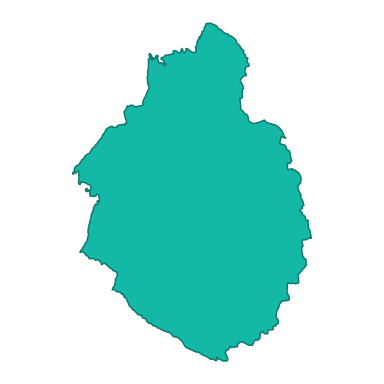 outline of Sanqebethu, Mokhotlong, Lesotho
{"feature_id": "5366337B9113351497763", "entity_name": "Sanqebethu", "entity_type": "district", "adm_level": 2, "iso_a3": "LSO", "parent_name": "Lesotho", "parent_adm1": "Mokhotlong", "projection": "equal_earth", "projection_center": [29.193, -29.287], "detail": "fine", "context": "isolated", "style": "filled", "palette": "teal", "viewbox_px": 384, "rotation_deg": 0, "n_neighbors": 0, "source": "geoboundaries", "source_scale": "gbopen_adm2", "svg_char_len": 5893}
<svg xmlns="http://www.w3.org/2000/svg" viewBox="0 0 384 384"><path d="M210.4,359.2L213.1,359.2L216.1,360.8L216.9,359.9L216.5,357.3L217.3,357.5L218.8,359.1L221.1,359.8L222.7,361.0L226.9,361.0L227.5,360.6L227.8,359.1L227.5,357.3L225.2,352.7L226.0,351.6L226.0,350.3L228.5,349.5L230.4,346.3L232.0,347.6L233.5,346.7L234.7,347.3L235.6,346.6L237.4,346.8L237.9,343.9L240.1,342.1L242.2,341.9L249.3,345.4L250.8,345.0L252.4,345.4L253.4,342.7L254.7,340.6L255.4,340.1L258.0,340.1L259.9,338.6L260.3,333.5L261.2,332.4L262.2,332.3L262.9,331.6L264.0,333.1L265.2,333.9L267.7,333.7L267.9,330.1L273.1,329.6L272.9,327.1L273.8,326.2L275.9,325.9L275.6,324.5L278.4,323.5L278.4,320.4L275.9,316.8L276.8,311.3L279.1,306.4L279.5,304.1L281.3,302.0L281.6,301.1L288.3,300.4L289.2,299.4L289.2,296.8L287.3,293.1L287.0,291.5L287.4,284.2L287.9,283.0L290.3,283.5L294.3,283.3L295.5,283.8L298.7,282.8L298.5,277.4L297.8,274.7L300.3,272.5L302.7,269.3L304.8,267.4L305.0,265.9L306.2,265.6L306.0,259.5L304.6,258.7L303.0,256.6L302.3,254.1L301.6,249.9L302.0,247.2L303.0,245.6L301.6,241.1L303.6,239.7L306.2,239.8L308.5,238.2L311.3,238.1L310.0,230.8L308.1,227.2L308.3,224.3L307.8,222.1L308.2,220.5L305.9,220.1L305.3,216.8L304.0,215.4L302.1,214.4L302.4,212.7L299.8,211.0L300.2,209.8L302.5,208.1L302.1,206.4L303.9,205.2L302.9,203.2L303.2,201.9L300.7,197.4L301.0,194.9L298.1,189.6L297.9,185.8L298.8,184.5L299.7,184.1L300.9,181.2L301.0,178.3L300.6,176.3L298.9,173.1L294.6,169.9L293.2,170.2L292.5,168.7L289.1,169.4L287.4,168.8L287.5,163.1L288.9,163.5L290.0,163.2L291.1,161.9L291.7,160.5L290.4,156.0L289.9,152.1L289.2,150.7L286.8,149.7L285.5,145.5L279.7,143.6L280.9,138.0L280.9,136.4L284.5,138.0L285.5,138.0L284.2,136.4L281.9,130.7L277.8,126.4L275.6,125.2L266.7,122.5L264.2,120.1L260.5,121.8L254.4,123.5L252.9,123.5L249.6,121.8L248.6,120.8L248.0,116.5L246.8,114.5L244.7,113.7L243.4,111.7L240.8,109.2L239.9,98.5L241.5,98.2L242.3,97.4L242.3,89.7L243.5,88.7L243.4,87.1L240.3,80.6L241.3,78.4L242.5,77.3L244.4,75.8L246.3,75.5L245.9,73.8L244.7,71.8L245.8,67.4L247.7,66.1L248.9,66.1L249.0,64.1L247.8,63.1L246.8,61.3L247.8,58.1L245.8,57.3L245.3,54.8L242.9,52.2L243.9,50.9L240.9,48.2L240.5,46.8L238.1,44.0L236.8,43.4L236.2,40.4L234.0,38.1L231.2,36.1L228.8,36.0L228.9,34.6L225.6,33.5L223.4,32.1L220.8,29.6L218.4,28.7L216.6,25.9L215.9,26.0L215.4,25.3L209.9,23.0L207.8,23.7L206.9,23.3L206.0,23.9L205.3,26.3L204.5,27.0L204.5,28.1L203.6,29.9L203.6,31.0L202.0,31.6L202.0,33.4L201.2,34.5L201.7,35.0L200.3,36.2L200.1,36.9L199.3,36.9L199.3,37.5L199.9,38.4L198.9,38.5L198.9,39.1L198.3,39.4L197.5,40.9L197.3,42.4L196.8,42.8L197.3,44.2L195.5,47.2L196.1,51.4L194.9,52.7L194.1,52.3L192.1,52.4L187.1,48.5L186.1,48.8L185.9,51.0L184.4,52.6L182.9,51.6L182.6,49.3L181.9,48.7L181.2,49.7L180.5,52.3L179.0,53.0L175.7,50.6L173.9,50.7L173.0,51.4L173.5,53.7L173.2,54.3L171.5,54.1L168.9,54.9L165.3,55.2L163.5,57.5L161.8,57.4L161.2,57.9L161.2,59.3L162.6,59.8L163.7,60.9L163.8,63.3L165.8,63.7L166.0,64.7L165.5,65.7L163.1,64.5L161.9,62.9L158.8,62.6L157.3,57.5L158.2,56.2L157.6,55.3L155.5,56.2L155.6,58.4L155.2,58.8L154.4,58.7L153.2,57.7L152.7,57.9L152.8,59.6L152.1,60.1L151.3,58.1L151.8,56.2L150.3,53.8L149.2,54.1L149.1,55.8L150.2,57.3L149.9,58.2L148.4,59.1L148.5,67.7L147.5,71.9L148.0,74.4L147.2,77.4L147.8,84.0L149.0,86.7L149.0,88.5L147.0,92.2L145.3,96.9L143.6,99.5L142.9,101.8L142.6,105.4L135.0,106.9L133.0,105.3L130.5,105.3L127.9,106.6L127.3,106.1L125.6,110.0L124.1,111.5L124.9,116.6L126.6,121.9L126.6,123.3L124.9,123.6L124.5,124.2L124.7,124.8L124.2,125.2L123.1,124.5L118.6,125.1L117.0,126.1L116.4,127.3L113.7,127.6L112.8,126.6L111.1,126.4L107.1,128.4L105.6,130.1L105.2,131.8L102.4,135.4L101.9,137.1L98.5,141.3L97.8,142.8L95.8,144.6L95.3,145.8L92.2,148.7L89.2,153.6L87.9,153.9L85.0,156.1L84.5,156.6L84.1,158.4L81.8,159.8L80.9,161.8L80.2,162.2L79.4,164.3L78.1,165.2L77.3,165.2L75.3,166.9L74.3,168.6L74.5,170.6L72.7,172.9L72.9,174.7L73.6,173.0L75.8,173.2L76.9,171.7L78.4,170.9L78.9,172.3L78.5,173.8L79.2,178.2L78.4,182.0L78.8,183.7L79.5,184.4L80.2,184.3L80.8,183.5L80.9,182.1L81.4,181.9L85.6,182.8L88.2,184.6L89.7,184.8L91.0,186.4L90.6,190.1L89.2,190.6L87.5,189.5L86.9,188.6L85.8,188.9L85.6,190.6L86.3,191.4L87.8,191.6L88.3,190.8L89.4,191.5L89.9,192.6L90.0,195.8L90.5,196.3L92.5,195.7L93.0,196.4L94.5,196.4L96.1,195.7L96.1,194.7L96.6,194.2L97.4,193.9L98.1,194.3L98.8,195.7L99.5,200.7L98.9,201.5L98.0,200.7L97.0,201.3L98.1,203.6L96.8,204.5L96.2,203.9L95.7,204.1L94.4,205.9L94.5,206.7L93.6,207.6L93.4,210.2L93.1,210.3L92.8,211.4L92.6,211.0L92.6,212.5L92.1,212.7L91.5,214.4L91.1,215.5L91.3,216.5L89.7,221.5L89.9,222.8L89.0,224.4L89.0,226.4L88.3,228.0L88.0,232.4L88.5,233.9L88.4,235.1L86.9,241.4L85.0,243.6L84.5,245.2L82.9,247.4L82.0,249.5L81.2,250.0L80.0,252.1L80.9,252.4L82.0,251.7L83.2,251.8L85.6,254.7L86.2,254.9L86.4,255.6L87.7,256.1L88.9,257.5L89.3,258.7L93.4,258.4L95.4,260.3L96.9,259.8L98.7,260.1L100.8,262.3L101.5,264.5L102.2,264.6L102.7,263.8L104.4,263.2L106.9,264.8L107.3,265.7L108.9,266.6L110.0,268.1L112.2,269.1L112.6,270.3L116.5,272.0L116.9,273.2L117.4,273.6L117.4,275.1L115.5,279.6L114.7,285.6L112.8,287.9L112.4,289.8L114.6,289.5L114.9,290.2L117.1,291.9L117.9,291.7L119.3,292.3L119.9,291.9L120.9,292.7L121.3,293.7L121.9,293.6L122.3,294.3L123.6,294.3L123.5,295.2L123.8,295.9L124.4,296.1L124.1,297.1L125.3,297.7L126.5,298.9L127.3,300.7L127.3,301.7L128.3,302.7L128.5,304.2L129.8,306.3L132.0,308.3L133.0,310.1L134.9,311.0L135.4,312.0L136.4,312.5L137.8,314.6L141.6,315.5L142.1,317.2L143.7,318.4L144.3,318.0L144.5,318.5L145.6,318.7L147.1,321.6L149.1,323.4L150.9,323.1L151.1,323.8L152.9,324.9L152.9,325.5L154.2,326.1L155.4,325.9L158.1,328.2L160.1,328.7L161.9,330.1L163.5,330.5L165.0,331.4L165.6,331.1L167.8,332.3L168.4,331.9L168.6,332.4L170.0,332.7L171.5,334.7L172.4,335.0L172.5,335.7L173.1,335.8L173.5,336.6L177.7,337.4L182.2,341.5L185.4,346.8L186.4,347.6L196.0,352.0L198.3,352.0L202.3,354.8L206.7,356.6L210.4,359.2Z" fill="#14b8a6" stroke="#0f766e" stroke-width="1.5"/></svg>